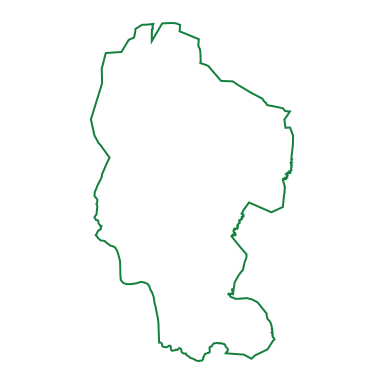 Apayao, Apayao, Philippines (Albers equal-area conic projection)
{"feature_id": "2640588B24165862747597", "entity_name": "Apayao", "entity_type": "district", "adm_level": 2, "iso_a3": "PHL", "parent_name": "Philippines", "parent_adm1": "Apayao", "projection": "albers", "projection_center": [121.354, 18.09], "detail": "fine", "context": "isolated", "style": "outline", "palette": "green", "viewbox_px": 384, "rotation_deg": 0, "n_neighbors": 0, "source": "geoboundaries", "source_scale": "gbopen_adm2", "svg_char_len": 5944}
<svg xmlns="http://www.w3.org/2000/svg" viewBox="0 0 384 384"><path d="M159.1,342.6L160.4,342.5L160.9,342.7L161.5,343.2L162.1,344.3L162.3,345.9L162.7,346.6L164.3,347.0L165.5,347.0L165.8,347.2L166.8,347.2L168.0,346.6L168.7,345.9L169.2,345.6L170.4,345.9L170.8,346.5L170.8,349.2L171.6,350.6L173.5,350.6L174.8,350.1L175.2,350.1L176.0,349.6L177.3,350.0L177.6,349.8L178.5,348.6L179.3,348.2L180.2,348.3L180.8,348.8L181.2,349.4L181.4,350.1L181.4,351.3L181.7,352.1L182.6,353.0L184.2,353.6L185.0,353.5L185.9,353.5L186.1,353.9L186.4,355.0L187.3,355.5L187.6,355.8L189.2,356.8L190.2,357.7L190.7,358.0L193.7,359.0L195.8,360.3L197.0,360.8L199.5,361.0L199.9,360.7L201.8,360.7L202.5,359.9L203.3,358.8L203.1,358.4L203.2,357.5L204.3,355.5L204.6,354.6L205.0,354.0L206.6,353.5L207.5,353.0L209.1,352.7L209.7,352.2L209.8,351.5L209.5,347.7L209.7,347.3L210.0,346.9L211.5,346.5L213.3,343.8L214.2,343.2L216.0,343.2L216.6,342.9L217.8,342.9L219.5,343.5L219.9,343.2L220.6,343.1L221.7,343.3L222.8,344.0L224.0,343.9L224.7,344.3L225.3,345.2L225.3,345.9L225.8,346.7L226.3,347.1L227.3,348.3L227.9,349.5L227.9,350.2L227.4,351.1L226.7,351.8L225.7,353.3L243.8,354.6L251.4,358.7L255.2,355.3L267.5,349.4L273.2,340.5L274.5,339.5L274.0,338.1L273.4,337.7L272.9,337.1L272.7,336.6L272.8,336.0L272.4,335.4L272.6,335.0L272.4,334.4L272.7,333.2L272.5,332.8L272.1,332.9L271.8,332.7L272.1,332.5L272.1,331.9L272.5,331.4L272.4,331.1L272.0,330.4L271.9,329.8L272.2,329.6L272.4,329.1L272.2,328.7L271.7,328.2L271.8,327.0L271.6,326.0L270.3,322.0L267.4,318.7L266.6,315.0L266.6,313.5L257.4,302.2L252.2,299.5L246.9,298.1L238.5,298.8L235.1,298.7L233.8,298.2L233.7,297.9L230.9,297.0L230.2,296.4L229.9,295.0L229.3,294.7L228.5,294.6L228.4,294.4L228.4,294.0L228.8,293.6L232.7,294.2L233.1,294.2L233.2,293.6L233.2,293.0L232.6,292.6L232.3,292.1L232.4,291.3L232.8,291.1L232.8,290.5L231.9,289.7L232.2,289.2L232.7,289.1L233.5,290.1L234.7,282.3L238.3,275.8L241.8,271.1L242.8,270.3L244.9,261.4L246.4,257.7L246.5,254.3L240.9,247.9L231.5,236.3L232.0,236.0L232.5,236.4L232.6,236.2L232.7,235.7L232.4,235.0L232.8,234.6L233.0,234.7L233.0,235.1L233.4,235.3L233.9,235.2L234.7,235.3L234.7,234.8L234.1,234.7L234.0,234.4L234.4,234.0L234.7,234.1L235.2,234.8L235.6,234.7L235.5,234.0L234.8,233.6L234.8,232.8L234.1,232.6L233.4,231.2L233.6,230.8L234.0,230.3L233.8,229.6L234.2,229.2L234.7,229.4L234.7,229.1L234.4,228.7L234.8,228.4L236.0,228.8L236.4,228.7L236.9,228.2L237.1,228.8L237.3,228.8L237.4,228.7L237.4,228.2L237.2,227.8L237.9,227.2L238.0,226.3L237.8,225.9L237.5,225.9L237.1,225.5L237.3,225.2L238.0,224.9L238.1,224.0L239.5,223.1L239.8,222.5L239.3,221.9L239.5,220.9L239.5,220.7L239.2,220.7L239.2,220.3L239.5,220.2L239.6,220.5L240.2,220.5L240.6,220.1L240.6,219.5L240.9,219.3L241.4,219.4L241.8,219.2L242.0,218.7L241.7,218.2L242.1,217.7L241.7,217.0L242.0,216.7L242.4,216.7L243.0,217.0L243.2,216.7L243.3,216.2L243.6,216.1L243.6,215.5L243.3,214.4L243.0,214.2L242.3,214.3L241.6,213.6L242.3,212.9L242.8,211.1L249.0,202.5L271.4,212.3L282.9,207.0L284.1,194.3L284.5,193.5L284.8,186.5L283.9,183.7L282.9,179.7L282.9,179.3L283.1,179.3L283.0,179.1L283.3,178.8L283.9,179.0L284.3,179.0L284.2,178.8L284.4,178.8L284.4,178.6L284.5,178.8L284.6,178.7L284.7,179.0L284.7,178.7L285.2,178.7L285.2,179.0L285.5,178.9L285.4,178.6L285.8,178.8L285.8,178.5L286.1,178.1L286.3,178.1L286.3,177.9L286.1,177.7L287.0,177.5L286.9,177.3L286.7,177.4L286.7,177.2L286.9,177.2L286.9,176.9L287.5,177.1L287.3,177.0L287.4,176.7L287.8,176.7L287.6,176.6L287.5,176.3L287.5,176.0L287.7,175.7L287.6,175.4L287.3,175.5L287.1,175.5L287.2,175.1L287.1,174.8L286.8,174.7L286.8,174.3L286.6,174.4L286.6,174.0L286.8,173.9L286.5,173.8L286.9,173.6L286.6,173.6L286.7,173.4L286.6,173.2L286.8,173.4L287.1,173.2L287.2,173.3L287.3,172.9L287.5,173.0L287.6,172.8L287.6,173.2L287.9,173.1L287.7,173.4L288.6,172.8L288.9,172.8L288.9,172.7L289.0,172.8L289.1,172.6L289.3,172.7L289.1,172.5L289.3,172.0L289.5,172.1L289.6,171.8L289.8,172.0L289.8,171.7L289.9,172.0L290.1,171.7L290.2,171.8L290.2,171.7L290.5,171.8L290.7,171.3L290.5,171.1L290.8,171.0L291.2,170.4L291.4,170.3L291.5,169.9L291.3,169.8L291.0,169.3L291.2,167.4L291.4,167.3L291.4,167.0L291.6,166.7L291.5,166.2L291.3,165.6L291.5,165.4L291.3,165.3L291.4,164.9L291.6,164.8L291.5,164.6L291.1,164.6L291.1,164.4L291.1,163.8L290.7,162.8L291.5,162.6L291.0,162.3L292.1,159.2L291.3,158.9L292.9,144.6L293.1,136.6L292.7,134.6L290.0,127.5L285.5,127.8L284.9,123.9L284.4,119.5L287.0,115.9L289.9,111.5L285.1,111.1L283.2,108.4L276.6,106.9L267.1,105.1L266.5,104.2L266.1,102.9L265.9,102.8L265.6,102.8L264.5,101.6L264.2,101.5L262.4,98.7L250.8,92.6L237.9,84.9L232.8,81.4L221.1,80.9L208.2,65.9L205.6,64.8L200.3,63.1L200.7,61.1L200.5,54.6L200.1,49.6L198.3,45.8L198.8,39.2L179.6,31.3L180.1,24.9L175.5,23.2L171.2,23.0L162.2,23.4L151.8,41.1L151.9,29.3L152.5,29.3L153.0,28.1L152.5,26.4L152.5,26.1L152.7,25.6L152.4,25.2L152.6,25.0L152.8,25.1L153.2,24.9L153.4,23.9L147.4,24.6L142.1,24.8L135.5,28.9L135.1,32.5L134.1,37.5L128.7,39.9L121.4,52.0L105.8,53.0L101.7,68.8L102.1,83.3L90.9,119.4L94.4,135.3L98.6,143.1L100.2,144.7L109.6,157.7L106.7,163.4L102.5,173.3L101.8,174.3L102.0,176.0L100.6,179.6L99.8,180.9L97.4,185.7L96.0,189.4L95.0,191.5L94.7,192.5L94.6,195.8L94.5,196.0L95.2,197.1L95.6,197.3L97.3,199.6L97.3,201.3L96.9,203.2L96.4,203.9L97.2,205.6L97.4,207.3L97.0,208.9L96.5,214.4L94.6,216.7L94.5,217.5L96.1,220.1L96.9,220.1L97.7,220.3L98.2,220.7L98.6,223.3L98.9,223.9L100.3,225.3L100.3,226.0L100.6,226.6L101.3,226.4L100.8,228.1L100.8,228.6L100.6,229.2L100.2,229.6L99.7,229.8L99.3,229.8L98.0,231.1L97.4,232.2L96.6,234.0L95.7,235.1L98.6,238.6L100.8,240.5L104.6,240.9L106.3,242.6L110.1,245.4L114.6,247.0L115.5,248.1L117.1,250.8L118.0,253.3L120.1,261.3L120.4,275.0L120.8,279.9L122.1,281.8L123.7,283.1L126.7,284.2L130.1,284.1L132.9,283.9L136.4,283.3L139.5,282.3L141.4,281.9L143.5,282.3L145.6,283.0L147.4,283.8L148.6,285.2L149.3,286.3L150.4,289.7L152.1,292.5L153.7,297.0L154.5,302.7L155.6,307.1L157.9,318.5L158.4,322.3L159.1,342.6Z" fill="none" stroke="#15803d" stroke-width="2"/></svg>